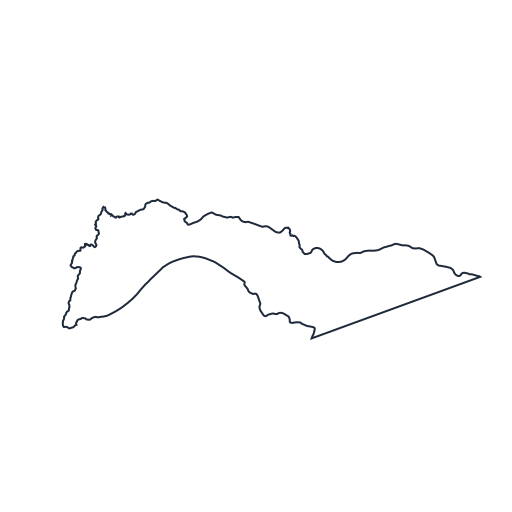 Potosí, Nariño, Colombia (Albers equal-area conic projection), rotated 341°
{"feature_id": "7082276B28332930136844", "entity_name": "Potosí", "entity_type": "district", "adm_level": 2, "iso_a3": "COL", "parent_name": "Colombia", "parent_adm1": "Nariño", "projection": "albers", "projection_center": [-77.52, 0.734], "detail": "fine", "context": "isolated", "style": "outline", "palette": "slate", "viewbox_px": 512, "rotation_deg": 341, "n_neighbors": 0, "source": "geoboundaries", "source_scale": "gbopen_adm2", "svg_char_len": 6052}
<svg xmlns="http://www.w3.org/2000/svg" viewBox="0 0 512 512"><g transform="rotate(341 256 256)"><path d="M127.6,160.0L126.2,161.1L126.2,162.1L126.0,162.5L124.2,163.9L123.3,165.4L122.2,166.2L120.2,166.8L119.8,167.2L119.0,168.6L119.1,169.4L118.9,169.9L118.3,170.3L117.2,170.4L115.6,171.4L115.1,173.7L114.2,173.8L114.1,174.5L114.7,175.6L114.6,176.0L114.2,176.5L113.4,177.0L113.1,177.7L113.2,178.8L113.5,179.4L115.0,180.1L115.2,180.5L114.8,183.6L114.1,184.4L112.1,185.1L111.5,186.0L111.4,187.1L111.2,187.6L109.7,188.6L108.9,189.6L108.3,190.7L108.3,191.1L108.6,192.7L108.7,193.6L108.5,194.0L108.0,194.6L106.8,195.1L106.3,195.1L105.9,194.5L105.4,193.1L104.1,191.5L103.7,191.4L102.9,191.7L102.3,192.2L102.3,192.4L101.7,192.3L101.1,190.9L100.0,190.5L99.8,189.4L98.3,188.9L98.1,189.0L97.9,189.4L97.9,190.7L97.6,191.3L97.0,191.3L95.5,191.9L95.1,191.8L93.7,190.9L92.9,191.1L92.6,191.4L92.0,193.4L91.7,193.7L91.3,193.8L90.3,193.4L89.4,193.3L87.8,193.5L86.8,194.4L85.5,194.8L84.7,196.3L83.1,196.9L82.9,197.7L81.5,199.3L81.0,200.3L80.3,200.7L80.4,201.4L80.0,202.0L79.8,202.6L77.8,204.2L77.6,205.0L78.4,206.7L79.8,207.9L80.1,208.5L81.7,208.6L83.0,208.2L85.1,208.9L86.2,209.7L86.4,210.4L86.3,211.0L84.7,212.8L83.8,215.1L83.3,215.4L81.8,216.2L80.9,217.0L80.5,219.1L80.1,219.7L78.9,220.8L77.5,222.8L75.8,224.6L75.3,226.1L75.0,228.2L74.3,228.7L73.5,229.7L71.2,230.0L70.5,230.4L68.9,232.3L67.7,234.3L66.7,235.5L65.9,237.6L64.6,238.0L63.9,238.7L63.3,239.9L63.6,241.3L63.3,242.0L63.2,243.3L62.3,244.4L61.2,246.6L60.9,246.8L59.2,247.1L57.6,248.6L56.8,249.7L55.5,250.3L54.7,251.0L54.5,252.0L54.1,252.8L52.4,254.6L52.0,255.6L51.4,256.5L50.8,259.0L51.2,260.6L53.0,261.0L54.1,261.5L55.9,263.7L57.0,263.8L58.1,263.7L60.0,263.9L60.8,263.6L62.0,262.8L63.8,262.7L64.0,260.8L64.8,260.0L65.5,259.6L65.6,259.3L66.7,258.4L67.8,258.2L69.9,258.5L70.6,258.1L71.2,258.0L71.8,258.1L74.1,259.3L75.2,260.9L77.4,261.9L78.6,262.1L79.9,261.5L82.1,261.1L83.5,261.2L84.8,261.4L85.9,262.2L87.2,262.7L90.2,263.1L91.9,263.6L95.5,264.0L97.8,263.8L105.0,262.7L110.0,261.6L112.6,260.9L119.2,258.7L125.4,256.2L131.2,253.3L135.8,250.4L142.4,246.7L145.3,245.5L148.6,243.7L162.1,237.5L163.7,236.6L165.0,236.2L171.2,234.7L174.2,234.3L176.0,234.2L182.1,234.1L186.4,234.3L193.2,235.1L195.3,235.5L196.8,235.9L201.5,237.9L204.7,239.8L207.5,241.7L214.1,247.4L215.4,248.7L221.8,256.9L224.4,260.9L226.7,264.1L232.4,270.7L236.7,276.5L236.7,277.2L235.7,279.1L235.8,280.0L235.9,280.8L236.4,281.8L237.3,284.2L237.5,286.9L237.8,287.7L238.2,288.4L240.7,290.9L243.2,291.4L244.0,292.0L244.6,294.2L244.6,302.5L242.6,305.3L242.4,306.9L242.4,309.0L243.9,314.7L245.0,315.8L245.9,316.1L248.2,315.5L251.7,315.6L253.7,316.0L254.7,316.8L257.0,317.8L258.4,317.4L260.0,317.5L261.6,318.1L262.6,318.7L264.1,320.2L266.8,323.5L267.3,324.7L267.2,327.0L266.5,329.3L267.0,330.3L268.6,331.1L272.3,331.7L276.0,333.1L276.7,333.9L277.2,334.9L281.5,338.8L285.9,341.2L287.6,342.5L288.0,343.3L287.9,343.9L287.7,344.4L285.2,348.3L283.3,350.1L281.8,352.0L461.2,348.7L460.6,347.9L459.4,347.3L454.8,344.0L453.6,343.3L452.0,342.9L450.6,341.4L449.9,341.1L447.7,339.7L445.8,339.3L444.4,339.8L443.2,340.8L441.6,341.1L440.1,340.4L438.7,338.6L437.9,336.2L437.9,333.9L437.3,332.4L435.9,330.5L432.6,328.3L427.6,325.5L425.9,324.7L424.9,323.7L424.2,322.4L424.1,321.0L424.1,316.0L423.9,314.3L423.0,312.6L420.5,309.2L416.8,304.9L415.8,303.9L412.9,301.7L409.6,300.9L407.1,299.9L406.6,299.6L404.2,296.7L403.2,295.8L400.9,294.6L397.9,293.6L394.0,291.0L392.1,290.0L391.1,289.8L387.0,290.1L385.4,289.8L383.1,289.8L379.7,289.5L375.1,290.1L373.3,290.2L370.1,289.6L368.1,289.0L364.9,287.8L362.6,287.2L359.6,286.7L356.2,287.1L355.3,287.1L352.8,286.0L348.4,285.0L346.6,285.0L343.7,285.9L339.7,288.2L337.1,288.9L335.5,289.1L333.9,289.0L331.0,288.2L330.0,287.8L328.5,286.7L327.1,285.6L326.1,284.3L324.3,281.2L324.0,280.2L322.9,279.4L322.7,278.3L321.4,275.9L321.1,273.6L320.4,272.0L319.1,270.1L317.5,268.8L316.6,268.3L315.2,267.9L313.7,267.9L312.0,268.2L311.1,268.6L309.3,270.5L308.4,270.8L305.1,270.7L303.8,270.4L302.6,269.9L301.4,267.1L301.7,265.8L301.5,264.8L300.7,263.8L300.0,261.8L300.8,260.0L300.9,257.0L301.3,256.0L301.1,254.5L300.4,251.9L299.8,250.4L298.9,249.4L298.0,249.4L297.4,248.5L297.0,248.4L296.3,248.5L295.3,247.9L295.4,246.9L295.8,246.3L295.4,245.5L295.6,244.5L296.4,243.6L296.6,242.8L296.6,241.9L296.3,241.0L295.5,240.3L295.7,239.7L292.9,238.9L291.9,239.2L289.0,240.8L286.6,241.6L285.4,241.4L283.6,240.5L282.2,239.4L277.9,233.3L276.5,231.8L274.2,230.8L272.1,230.6L271.4,230.3L268.8,228.3L264.6,224.8L259.9,221.2L259.2,220.9L257.3,220.7L255.2,219.5L254.1,218.4L253.4,217.3L252.2,213.4L249.4,212.5L246.4,212.1L245.5,211.2L244.4,210.6L241.3,210.3L237.3,207.8L235.8,206.2L231.7,204.0L228.4,200.4L224.2,200.5L219.9,201.3L218.6,201.8L215.6,203.5L211.6,204.4L207.6,204.3L204.0,204.6L202.6,204.5L201.8,204.1L201.5,202.4L199.9,200.0L199.9,199.3L200.2,198.7L200.0,197.9L200.2,197.5L201.9,197.1L203.7,196.2L203.9,195.0L203.7,193.9L203.2,193.0L203.3,192.0L201.5,190.1L199.1,189.0L198.4,187.3L196.7,186.2L195.3,184.2L194.5,184.0L193.8,183.3L191.1,180.2L189.9,178.1L188.7,176.6L187.0,175.9L185.1,174.7L183.2,172.8L181.3,170.6L180.4,170.7L179.4,171.1L178.4,171.2L177.9,171.0L177.2,170.5L175.6,170.2L174.1,170.2L172.7,170.8L171.5,170.7L171.1,170.4L170.3,170.5L168.5,171.0L168.2,171.3L167.1,173.5L165.0,175.0L164.1,175.1L162.6,174.8L161.8,174.7L157.1,175.3L156.4,175.6L156.1,176.1L155.3,176.8L154.4,177.0L153.6,177.1L153.1,176.9L152.6,176.3L152.4,175.4L151.8,175.2L151.5,175.1L151.1,175.5L149.6,175.7L148.6,175.3L147.6,174.7L147.0,174.0L146.7,172.9L146.3,173.1L146.1,173.3L145.5,175.0L144.5,175.5L144.1,175.2L143.5,175.4L142.3,175.1L140.5,175.1L140.1,175.0L139.9,174.6L139.2,175.0L139.0,174.7L138.9,174.0L137.6,173.4L136.8,173.6L136.0,174.1L135.6,173.9L135.0,172.9L133.9,172.0L133.5,170.7L133.2,170.6L132.5,170.6L132.9,170.1L132.8,169.5L132.5,169.1L131.4,168.9L131.2,168.8L130.9,167.9L130.3,167.8L130.2,166.8L129.6,166.3L128.8,164.4L128.9,164.1L128.5,163.7L129.1,161.7L129.1,161.1L128.8,160.7L127.8,160.4L127.6,160.0Z" fill="none" stroke="#1e293b" stroke-width="2"/></g></svg>